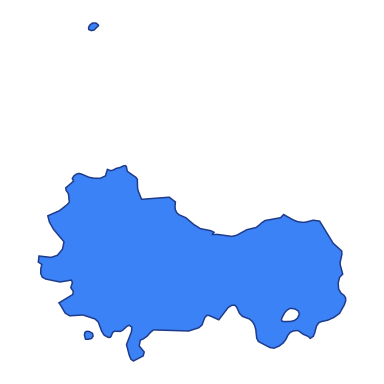 outline of Palermo
{"feature_id": "ITA-5410", "entity_name": "Palermo", "entity_type": "Province", "adm_level": 1, "iso_a3": "ITA", "parent_name": "Italy", "parent_adm1": "", "projection": "orthographic", "projection_center": [13.554, 38.128], "detail": "fine", "context": "isolated", "style": "filled", "palette": "blue", "viewbox_px": 384, "rotation_deg": 0, "n_neighbors": 0, "source": "natural_earth", "source_scale": "10m", "svg_char_len": 2568}
<svg xmlns="http://www.w3.org/2000/svg" viewBox="0 0 384 384"><path d="M47.8,215.8L59.4,210.7L67.1,204.7L69.0,202.5L69.4,201.2L69.0,199.5L68.7,196.0L68.3,193.4L66.2,190.6L65.7,187.9L73.6,181.1L72.3,178.6L73.7,176.1L76.2,174.2L78.8,173.4L81.1,173.9L88.8,177.2L93.9,178.2L100.2,178.3L105.4,175.9L107.4,169.4L110.8,170.7L113.4,170.0L115.9,168.5L120.3,167.4L123.4,165.9L125.2,165.6L126.3,166.4L126.7,168.2L127.0,170.1L127.5,171.5L136.0,177.4L137.3,179.3L137.6,188.5L138.3,191.2L141.6,199.3L169.2,197.2L175.4,201.9L175.0,206.9L175.3,209.6L176.8,212.8L179.1,214.8L185.8,217.7L193.8,224.5L200.3,228.6L210.8,230.7L214.0,232.3L213.1,233.2L213.0,233.5L212.5,234.5L217.4,234.4L231.8,236.4L236.8,235.2L246.8,229.7L256.1,227.5L259.2,225.1L262.1,222.5L265.1,220.5L280.6,217.7L283.6,214.5L293.2,219.9L297.8,221.7L303.1,222.4L306.4,222.0L313.2,220.2L319.6,221.1L333.2,243.3L341.7,251.0L341.9,254.3L340.1,262.6L340.3,265.1L342.7,274.1L339.6,277.3L338.2,283.0L338.6,289.0L341.0,293.1L344.0,295.4L345.6,297.8L345.7,300.8L344.3,304.9L339.5,313.4L333.9,317.4L327.7,320.2L321.4,321.6L319.0,322.6L316.6,325.8L314.6,333.2L313.3,336.3L310.2,338.4L308.4,336.5L303.1,334.2L298.8,331.0L297.1,330.5L293.2,331.0L290.3,332.4L288.0,335.0L286.0,339.2L283.4,342.8L278.9,346.2L273.9,348.2L269.8,347.5L258.4,341.5L256.7,338.2L255.8,329.6L254.6,325.4L252.6,321.8L249.5,319.0L242.4,316.4L239.4,313.2L236.7,307.1L234.8,305.2L231.8,305.3L228.1,307.6L218.8,319.8L209.2,315.5L206.8,315.4L204.7,317.7L202.0,325.0L198.7,327.8L188.7,331.0L153.5,329.9L150.3,332.5L147.4,335.9L143.6,338.7L140.3,340.2L139.2,345.9L144.2,352.0L143.2,355.9L133.4,361.0L130.9,359.2L129.2,355.1L126.5,344.6L131.5,331.6L131.9,327.2L129.2,325.3L127.1,326.2L122.8,330.1L120.5,331.4L114.9,331.2L113.3,331.9L112.4,333.0L111.3,335.9L110.5,337.1L109.0,337.5L107.4,337.0L104.2,335.2L101.7,331.3L98.3,322.1L95.1,319.0L83.0,315.0L69.7,315.8L65.2,313.1L60.1,304.4L58.9,302.9L72.8,294.5L73.3,291.4L70.8,287.7L72.4,282.6L71.4,280.1L59.9,282.0L45.6,279.0L42.2,277.1L40.7,273.4L40.8,268.8L41.8,264.4L38.3,262.1L39.0,256.0L51.1,257.4L57.4,255.3L62.5,249.1L64.0,241.8L53.5,229.3L49.4,222.0L47.8,215.8ZM284.0,321.6L291.1,321.4L294.6,320.4L297.5,318.2L299.4,314.1L298.2,310.9L295.0,309.0L290.9,308.3L288.6,309.1L286.6,310.6L284.8,312.6L282.1,317.5L281.4,319.6L281.8,321.0L284.0,321.6ZM86.7,331.3L89.3,331.5L92.5,333.4L93.1,336.1L91.5,338.5L88.1,339.3L85.5,339.2L84.4,335.0L84.9,332.4L86.7,331.3ZM92.3,23.1L95.9,23.0L98.2,24.8L98.5,25.7L93.9,30.1L91.3,30.6L88.7,29.5L88.6,27.4L89.7,25.2L92.3,23.1Z" fill="#3b82f6" stroke="#1e3a8a" stroke-width="1.5"/></svg>